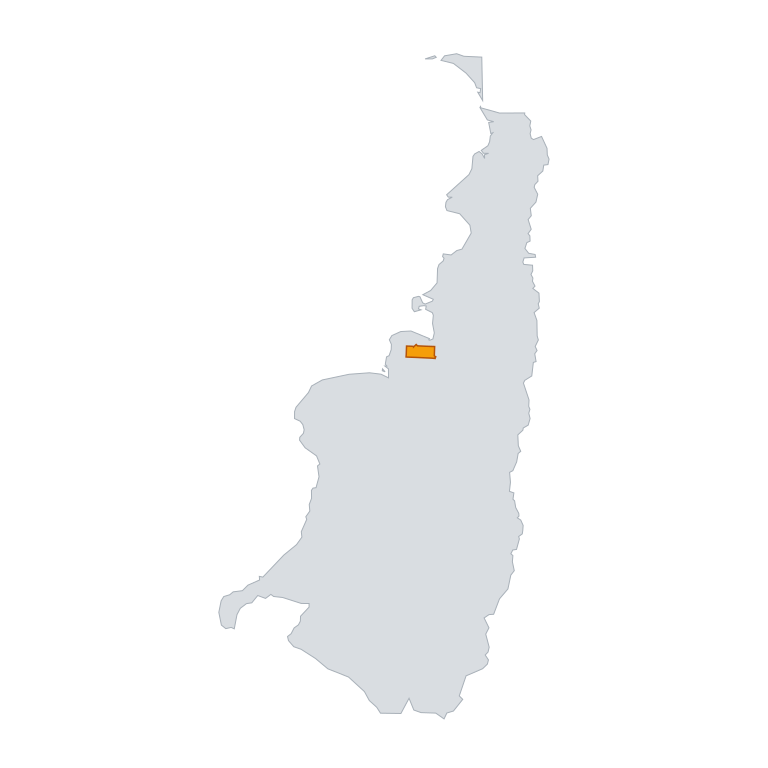 Conesa, Río Negro, Argentina shown in context, rotated 182°
{"feature_id": "61730980B12252554718289", "entity_name": "Conesa", "entity_type": "district", "adm_level": 2, "iso_a3": "ARG", "parent_name": "Argentina", "parent_adm1": "Río Negro", "projection": "orthographic", "projection_center": [-64.29, -40.178], "detail": "fine", "context": "in_parent", "style": "filled", "palette": "amber", "viewbox_px": 768, "rotation_deg": 182, "n_neighbors": 0, "source": "geoboundaries", "source_scale": "gbopen_adm2", "svg_char_len": 4215}
<svg xmlns="http://www.w3.org/2000/svg" viewBox="0 0 768 768"><g transform="rotate(182 384 384)"><path d="M465.8,220.4L460.7,228.1L461.5,233.5L456.5,246.0L457.5,248.6L453.7,254.4L454.5,261.0L452.4,267.2L452.8,275.2L451.3,277.5L448.3,278.0L445.7,289.0L447.6,299.8L445.3,301.8L448.9,309.8L460.6,317.5L466.4,324.9L466.3,327.8L462.8,331.9L462.2,335.5L463.7,340.6L466.5,343.9L472.2,346.3L472.4,353.3L471.1,357.7L459.2,372.8L456.3,379.5L445.8,385.9L419.2,392.5L398.9,394.7L387.3,393.7L379.7,390.3L380.1,399.3L383.8,402.0L381.8,402.1L383.4,403.8L382.4,411.2L379.9,412.5L378.0,418.6L378.0,423.9L380.2,428.4L377.8,432.7L369.1,437.0L358.9,437.9L340.1,430.9L340.8,429.7L339.8,429.3L336.7,430.7L335.5,436.8L337.6,446.2L337.1,454.4L338.2,457.0L345.0,460.1L344.5,463.4L346.8,463.7L351.5,462.9L352.2,460.3L349.6,459.4L356.2,457.3L358.6,460.7L358.8,469.1L357.6,471.3L352.5,472.8L351.1,472.4L348.2,466.5L345.7,465.3L338.5,468.5L337.7,470.4L348.3,474.6L340.6,479.1L334.5,486.9L334.5,501.2L333.2,505.3L329.1,509.1L328.4,511.8L329.9,513.4L329.3,516.1L321.4,515.3L315.9,519.9L310.8,521.5L302.1,537.9L303.7,545.7L314.3,556.8L327.1,559.5L328.8,563.3L328.4,567.8L326.9,570.5L322.3,573.1L326.3,573.0L328.0,575.3L306.4,596.2L303.7,602.2L303.0,614.6L301.4,617.1L297.1,619.7L293.9,617.3L291.3,612.9L291.6,616.6L287.5,618.2L292.5,618.0L295.0,620.9L288.5,625.7L286.9,629.8L286.4,635.5L284.0,638.9L286.0,638.1L288.5,649.0L283.5,650.0L289.9,651.5L297.8,663.7L297.2,664.7L296.9,663.4L277.9,658.8L252.8,659.8L252.9,658.1L246.5,651.9L247.3,647.0L245.9,643.1L246.7,639.3L245.4,634.8L243.1,633.5L235.2,636.9L229.3,625.2L228.8,618.6L226.9,614.5L227.8,609.0L232.0,608.3L232.7,602.4L237.7,597.5L237.2,592.0L240.2,588.6L240.8,585.8L237.0,579.0L238.5,571.1L243.9,564.7L242.7,557.3L245.7,553.4L242.3,543.8L245.3,539.3L243.4,537.2L243.0,531.9L246.2,530.3L247.9,524.4L244.0,519.7L237.5,518.7L236.9,516.0L248.4,514.9L249.5,510.7L248.5,508.4L239.7,507.9L239.3,502.3L240.9,498.6L238.9,495.1L239.2,491.8L236.5,487.1L238.6,484.7L232.3,480.2L231.6,471.8L232.7,469.6L231.5,465.2L236.5,460.6L233.4,452.8L232.6,437.4L231.3,433.4L234.2,426.8L232.2,422.8L234.4,419.5L232.8,411.7L235.5,410.8L236.6,397.2L243.4,392.6L244.7,389.8L238.5,373.1L238.6,366.7L237.3,363.8L238.3,359.9L236.8,354.6L238.5,347.9L243.3,344.9L243.6,342.7L248.5,337.8L247.6,326.9L245.0,321.5L247.5,319.3L248.7,310.8L252.2,301.9L255.4,300.1L254.2,290.2L254.9,281.1L250.4,279.7L251.1,273.3L249.4,271.8L248.1,265.2L244.8,259.4L244.5,256.7L246.1,254.9L242.6,252.8L240.0,247.5L240.2,242.4L240.6,239.0L244.1,236.3L243.3,233.9L245.8,223.3L249.5,222.6L251.3,218.8L249.2,217.0L249.5,210.8L247.3,202.0L250.6,197.4L253.0,183.5L261.1,173.3L266.4,157.7L271.0,157.2L275.8,153.7L270.6,144.0L273.6,137.6L269.7,124.6L270.7,119.7L273.4,116.7L270.0,111.9L270.9,107.7L275.5,102.9L291.8,95.2L297.9,74.9L294.3,71.6L303.2,59.6L309.7,57.4L312.3,51.4L320.8,56.9L335.5,56.9L342.8,59.2L348.0,70.8L355.6,55.3L376.0,54.9L380.0,60.7L387.6,67.1L392.8,75.9L409.2,89.9L430.2,97.4L442.9,107.3L457.6,116.0L465.0,118.3L470.5,124.2L471.6,128.3L468.1,131.2L465.3,137.1L461.1,140.3L459.3,144.1L459.3,149.0L451.1,158.4L451.2,162.0L459.0,161.8L477.8,167.1L486.9,167.8L489.7,169.8L494.9,165.6L502.8,168.2L508.5,160.7L513.8,159.7L519.8,154.8L522.9,148.3L525.1,134.1L528.2,135.4L533.6,134.0L538.1,137.4L541.1,150.0L539.2,161.6L536.7,166.0L530.8,168.0L527.5,171.0L518.3,172.5L513.0,178.2L501.5,183.8L501.9,187.4L498.3,186.8L478.2,209.5L465.8,220.4ZM297.7,714.1L295.3,670.7L300.5,678.9L298.2,678.5L297.7,682.6L301.8,683.3L303.9,688.3L312.9,697.6L325.8,706.8L338.3,709.4L334.9,714.1L322.9,716.6L315.6,714.3L297.7,714.1ZM343.2,712.3L347.0,710.6L354.3,710.3L344.7,713.8L343.2,712.3ZM386.2,397.2L386.0,399.1L383.3,396.2L386.2,397.2Z" fill="#d9dde1" stroke="#a8b0b8" stroke-width="1"/><path d="M362.9,411.8L361.3,411.7L358.8,411.7L353.2,411.7L337.6,411.5L333.8,411.3L333.8,411.7L334.0,411.6L334.3,411.7L333.2,412.9L334.7,414.0L334.7,414.3L334.7,423.2L334.8,423.2L337.7,423.2L343.9,423.2L351.9,423.3L353.2,424.6L355.6,422.2L355.6,422.3L355.5,422.5L355.8,422.6L358.0,422.7L360.4,422.7L361.0,422.7L362.7,422.7L362.8,422.7L362.8,422.2L362.8,421.3L362.8,421.1L362.8,414.5L362.8,414.2L362.9,411.8Z" fill="#f59e0b" stroke="#b45309" stroke-width="1.5"/></g></svg>